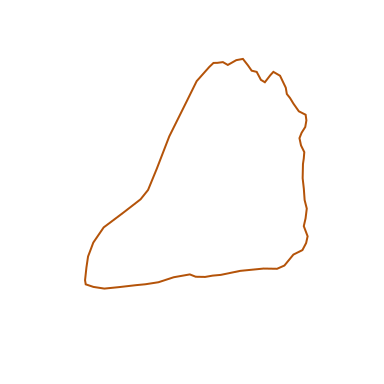 Ovanåker, Gävleborg, Sweden, rotated 64°
{"feature_id": "70781695B81949975609357", "entity_name": "Ovanåker", "entity_type": "district", "adm_level": 2, "iso_a3": "SWE", "parent_name": "Sweden", "parent_adm1": "Gävleborg", "projection": "orthographic", "projection_center": [15.777, 61.335], "detail": "fine", "context": "isolated", "style": "outline", "palette": "amber", "viewbox_px": 384, "rotation_deg": 64, "n_neighbors": 0, "source": "geoboundaries", "source_scale": "gbopen_adm2", "svg_char_len": 969}
<svg xmlns="http://www.w3.org/2000/svg" viewBox="0 0 384 384"><g transform="rotate(64 192 192)"><path d="M228.4,328.0L234.1,322.2L240.4,313.1L245.5,299.3L251.1,283.4L254.5,274.3L258.4,261.7L260.6,245.8L265.1,230.1L269.8,225.8L274.1,217.4L276.2,210.1L279.1,202.5L284.0,183.3L292.2,161.2L298.3,149.2L298.6,141.2L292.7,128.3L292.6,118.2L287.9,111.8L282.5,107.5L271.7,106.5L265.5,101.5L257.2,96.1L248.6,94.3L238.2,90.1L228.1,86.5L215.5,80.0L210.8,76.8L205.4,73.6L197.9,73.6L190.7,71.8L186.8,67.5L183.2,61.7L177.8,57.8L172.4,56.0L166.3,60.6L157.0,62.1L150.5,62.7L145.5,63.8L139.4,62.0L126.1,61.9L119.7,66.2L121.4,70.5L125.3,78.4L121.4,80.9L112.4,81.2L109.1,85.2L102.7,86.2L94.7,87.9L92.9,94.4L93.5,104.1L88.8,107.3L87.0,112.7L85.4,116.1L87.2,121.7L94.4,139.2L108.4,157.3L132.0,188.0L155.7,213.5L170.9,230.6L176.0,241.4L180.5,263.0L185.1,286.9L194.2,302.9L199.9,308.9L204.4,313.7L213.6,320.0L224.4,326.8L228.4,328.0Z" fill="none" stroke="#b45309" stroke-width="2"/></g></svg>